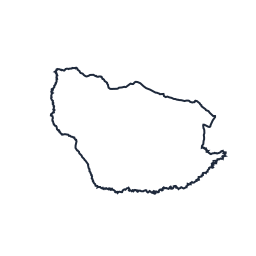 outline of Ulianópolis, Pará, Brazil, rotated 40°
{"feature_id": "56859067B65727130507514", "entity_name": "Ulianópolis", "entity_type": "district", "adm_level": 2, "iso_a3": "BRA", "parent_name": "Brazil", "parent_adm1": "Pará", "projection": "albers", "projection_center": [-47.475, -3.802], "detail": "fine", "context": "isolated", "style": "outline", "palette": "slate", "viewbox_px": 256, "rotation_deg": 40, "n_neighbors": 0, "source": "geoboundaries", "source_scale": "gbopen_adm2", "svg_char_len": 5879}
<svg xmlns="http://www.w3.org/2000/svg" viewBox="0 0 256 256"><g transform="rotate(40 128 128)"><path d="M161.8,184.3L161.9,183.0L162.4,182.3L164.2,181.4L164.7,180.9L164.1,179.3L164.3,178.3L164.7,177.3L165.7,177.0L165.9,175.0L166.6,174.2L166.8,173.4L168.5,174.0L168.8,175.2L169.4,175.2L169.7,174.4L170.5,174.0L171.5,174.1L171.8,173.5L171.6,172.5L172.1,172.2L172.8,172.7L173.0,171.1L173.9,170.5L174.6,170.6L174.9,170.1L175.8,170.7L176.4,170.6L176.6,169.8L176.4,169.1L177.7,168.1L178.7,168.0L180.4,166.6L180.6,165.8L181.5,164.3L182.1,164.0L182.6,164.4L183.8,164.7L184.7,164.6L185.0,163.7L185.0,162.4L185.9,162.2L187.6,162.3L188.0,162.1L188.3,159.7L189.0,159.6L189.2,160.4L188.9,160.9L189.3,161.6L190.8,161.1L191.0,160.4L190.0,159.9L189.9,159.3L190.1,158.7L190.6,158.3L191.9,158.3L192.4,157.9L192.7,157.0L192.1,156.6L191.9,155.0L192.7,153.9L193.3,154.3L194.1,154.1L194.5,153.3L193.6,152.1L193.4,151.5L194.2,151.1L193.8,150.5L195.7,149.8L196.1,149.2L196.8,149.2L197.4,148.8L198.0,148.7L198.3,147.3L198.1,146.3L198.4,145.5L200.0,146.0L200.0,146.7L200.7,146.3L201.2,145.3L201.0,143.7L200.5,143.3L200.9,142.6L201.8,141.7L202.9,141.9L202.8,142.5L203.4,142.8L204.0,142.1L205.0,142.0L205.9,142.3L206.0,141.7L206.7,140.3L206.6,139.8L206.9,139.1L209.4,138.6L209.9,137.8L210.4,136.3L210.9,135.8L210.2,135.1L210.5,134.4L210.4,133.5L209.6,132.4L210.3,132.1L210.9,132.5L211.4,131.3L212.2,130.8L211.2,129.8L211.8,128.9L211.8,128.3L212.7,128.3L213.6,127.4L214.0,125.4L214.6,124.5L213.8,123.9L214.0,123.4L215.1,122.6L214.7,122.1L215.3,121.8L214.1,120.8L213.6,120.1L214.3,119.5L215.5,117.9L214.9,117.0L215.5,116.6L215.7,115.9L214.4,114.7L214.4,114.2L216.0,112.6L216.7,112.5L216.4,111.6L216.5,110.7L217.0,110.3L216.2,109.0L216.4,107.1L215.8,106.5L216.1,105.5L216.7,104.9L218.4,104.0L218.5,103.4L217.8,103.4L217.5,103.0L216.6,103.3L216.2,102.8L215.9,102.2L217.0,101.2L216.3,100.6L215.3,100.8L215.6,99.9L215.4,99.4L216.8,99.5L218.1,98.4L217.0,97.6L217.4,97.0L216.9,96.8L216.0,97.0L217.0,96.0L217.0,95.1L216.6,94.5L217.1,93.8L217.9,93.6L218.5,91.9L219.6,91.4L219.8,90.6L220.4,90.6L220.0,89.9L218.5,89.1L218.7,88.4L219.4,88.3L220.4,87.0L219.9,87.1L218.9,85.7L218.3,85.8L219.1,84.8L218.5,83.9L217.0,84.9L215.7,85.0L215.3,84.6L214.4,85.8L214.5,86.7L213.9,88.3L212.6,90.3L211.9,90.4L210.9,91.3L210.4,91.3L210.1,92.0L208.9,93.3L208.3,94.7L207.5,95.0L206.8,94.8L205.8,95.1L204.9,94.9L204.1,95.4L204.1,94.2L203.3,95.0L202.7,95.1L202.1,94.0L201.5,94.0L201.0,93.7L200.8,94.5L200.2,94.5L199.7,94.1L198.5,94.4L198.5,94.9L197.5,94.9L197.2,95.6L196.2,94.2L196.0,91.9L194.2,89.3L193.6,87.8L192.2,86.1L190.6,84.7L189.8,82.8L187.8,80.6L187.0,80.0L186.1,79.7L184.0,77.8L183.6,77.0L184.4,76.4L188.8,75.4L189.9,74.7L190.0,73.8L189.3,72.4L188.0,67.6L187.7,63.7L187.0,62.9L185.4,64.1L180.7,63.8L178.8,63.3L176.2,64.2L175.3,63.8L170.4,64.1L169.6,63.4L168.1,63.5L167.2,63.0L163.5,63.1L162.1,63.8L162.0,64.4L162.3,64.9L162.3,65.5L161.5,66.2L160.9,67.1L158.9,68.0L157.4,67.9L156.5,68.3L155.1,69.5L154.0,71.0L151.0,72.4L149.1,73.8L148.0,74.2L147.6,74.7L145.6,75.4L144.4,76.3L142.0,76.9L139.9,78.0L138.0,78.6L137.0,80.1L135.0,80.4L133.3,79.1L130.7,81.6L130.1,81.5L127.5,82.4L126.3,83.2L120.3,84.4L116.3,85.8L113.1,86.0L108.7,85.8L105.9,86.6L104.3,87.6L103.8,88.6L103.7,90.9L102.9,91.7L101.4,92.4L100.1,97.9L99.5,98.5L98.7,98.8L97.3,100.8L95.2,102.9L94.9,104.3L94.4,105.0L89.9,109.0L89.1,109.5L87.2,109.6L85.3,108.2L85.0,107.8L83.4,107.4L82.9,106.8L80.7,106.9L80.1,107.1L78.5,106.4L77.6,106.4L77.0,106.8L76.1,106.3L75.0,106.2L74.8,105.8L74.1,106.0L72.6,107.2L72.3,107.9L71.3,108.6L70.1,108.6L69.8,109.1L67.3,109.5L64.8,111.8L64.3,113.3L63.2,115.1L62.1,115.6L60.2,115.8L58.3,115.5L56.4,116.3L55.5,116.2L54.4,115.6L51.7,115.7L50.9,115.0L49.6,115.1L49.2,115.6L49.3,116.1L48.7,116.2L47.8,117.1L46.7,117.8L46.7,118.6L44.9,120.3L44.7,121.0L44.0,121.2L43.0,121.9L42.3,122.9L42.3,124.9L41.8,125.3L40.6,125.6L40.0,126.4L39.4,126.3L39.0,126.8L38.0,126.9L36.5,127.9L36.3,128.8L35.8,128.6L35.6,129.1L36.2,130.1L35.9,131.5L36.5,131.1L37.0,131.5L36.8,132.1L37.4,132.3L37.8,131.9L39.9,133.1L39.5,133.5L40.1,133.9L40.5,135.1L41.5,135.4L42.2,136.0L41.8,136.5L43.3,138.1L43.7,139.1L43.6,139.8L44.1,140.1L44.3,140.6L44.1,141.2L44.5,141.7L44.4,143.2L45.2,143.8L45.3,146.4L44.8,146.7L44.6,147.3L44.9,147.7L46.0,147.3L46.2,147.9L45.8,148.2L45.9,149.5L46.4,149.8L47.8,149.6L47.5,150.7L47.8,151.1L48.6,152.9L49.7,153.4L49.8,154.5L51.4,155.4L53.1,155.5L53.6,156.6L54.7,156.8L55.0,157.3L54.9,158.0L57.3,158.8L57.3,159.4L57.9,159.6L58.7,161.2L59.3,161.2L59.1,161.8L60.3,162.0L60.2,163.1L61.2,163.7L60.5,164.9L60.7,165.9L60.3,166.3L60.2,166.9L60.9,168.0L62.6,167.5L64.1,168.7L64.4,169.8L65.5,171.1L66.1,171.0L67.8,172.3L68.5,172.5L68.9,173.0L69.4,172.8L70.6,173.2L71.7,172.7L72.5,173.0L74.5,174.6L76.0,174.7L76.3,174.1L76.9,174.1L77.2,174.7L77.8,175.1L78.3,174.8L78.9,174.9L79.4,175.3L80.1,175.4L81.2,175.1L81.6,175.5L82.1,175.2L83.6,173.3L86.7,171.5L87.9,172.0L88.7,171.2L90.0,171.2L91.5,170.3L92.4,170.4L93.0,169.8L93.9,170.4L95.5,170.8L95.9,170.4L97.2,171.4L99.1,175.1L100.6,177.0L103.4,177.9L103.9,177.6L105.1,177.8L105.7,177.7L107.0,178.7L110.1,178.9L111.5,179.7L114.2,179.9L115.4,180.4L116.2,180.3L120.9,181.5L121.1,182.0L123.6,184.0L124.9,184.3L125.2,184.9L125.7,185.0L126.4,186.0L127.3,186.0L128.1,186.3L128.5,186.8L129.7,187.2L130.1,187.7L130.6,187.5L131.0,188.0L131.6,188.2L132.6,189.9L133.5,189.9L134.0,190.5L134.6,190.5L135.2,190.8L135.4,191.4L136.1,191.4L136.7,191.9L138.4,192.2L138.9,192.1L140.3,193.1L141.8,192.1L142.5,192.4L142.8,193.0L143.1,192.3L144.6,191.1L145.1,191.3L147.1,190.9L147.2,190.1L147.9,190.4L148.8,190.3L148.8,189.5L149.2,189.0L150.1,188.9L150.1,188.1L152.3,187.6L152.1,186.7L152.5,186.3L152.9,187.1L153.7,186.7L153.9,186.2L154.5,186.5L155.0,186.0L154.6,185.3L154.7,184.8L156.0,185.1L157.2,184.7L159.2,184.7L159.5,185.3L160.3,185.0L160.5,184.3L160.9,183.8L161.8,184.3Z" fill="none" stroke="#1e293b" stroke-width="2"/></g></svg>